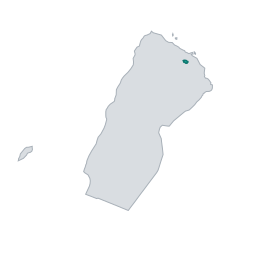 Melhan, Al Hudaydah, Yemen (highlighted), rotated 135°
{"feature_id": "15242507B19184333962868", "entity_name": "Melhan", "entity_type": "district", "adm_level": 2, "iso_a3": "YEM", "parent_name": "Yemen", "parent_adm1": "Al Hudaydah", "projection": "mercator", "projection_center": [43.334, 15.324], "detail": "fine", "context": "in_parent", "style": "filled", "palette": "teal", "viewbox_px": 256, "rotation_deg": 135, "n_neighbors": 0, "source": "geoboundaries", "source_scale": "gbopen_adm2", "svg_char_len": 3360}
<svg xmlns="http://www.w3.org/2000/svg" viewBox="0 0 256 256"><g transform="rotate(135 128 128)"><path d="M204.8,111.1L196.3,114.2L194.0,115.6L192.0,117.3L190.5,119.5L189.4,123.2L190.2,126.7L190.2,128.5L188.0,129.7L185.9,130.6L183.6,131.9L182.3,132.3L181.1,133.3L179.8,134.1L175.1,136.0L169.9,137.5L161.7,139.3L158.5,141.2L155.6,142.6L151.2,143.0L145.2,144.8L141.8,146.3L137.7,148.7L136.7,149.4L136.0,151.2L134.7,152.7L132.2,155.2L130.3,156.5L129.1,156.6L126.6,157.3L123.7,157.4L118.9,156.5L117.6,157.2L116.6,158.1L112.9,159.8L109.1,163.3L106.3,164.2L101.8,165.2L98.7,166.7L96.5,167.2L93.8,167.5L88.8,167.4L84.0,167.9L79.6,168.9L77.5,170.7L75.1,173.6L71.3,174.7L70.3,175.8L69.1,177.9L66.6,178.4L64.4,178.8L62.1,177.9L57.7,180.4L56.0,180.9L53.5,181.0L51.7,181.5L50.5,181.3L48.9,180.3L45.5,179.1L43.0,179.9L42.8,177.5L38.7,170.1L39.5,163.6L39.5,162.7L38.7,159.8L36.3,157.2L36.4,153.8L35.5,151.4L34.9,149.0L35.1,148.3L35.1,147.7L33.9,143.9L33.5,143.2L33.3,142.4L33.7,141.7L33.7,141.0L33.1,139.9L32.4,137.6L29.0,135.9L29.7,134.3L30.3,134.8L31.2,135.3L31.4,134.3L31.4,133.5L30.0,128.5L32.1,121.9L31.4,116.0L34.6,113.5L35.4,112.8L35.8,112.2L36.6,110.8L37.6,110.4L37.9,108.9L37.9,108.2L37.2,107.6L36.7,105.9L36.9,103.8L37.1,102.9L37.4,101.3L38.5,100.7L38.8,100.2L37.9,99.2L38.0,98.6L39.9,96.8L40.6,96.3L41.8,95.8L42.8,95.8L43.9,96.1L44.9,96.6L45.8,97.5L46.8,98.4L48.3,98.8L49.4,98.7L50.2,99.2L51.0,98.9L51.8,98.4L53.1,98.4L54.3,97.9L57.6,97.6L60.9,97.8L64.2,97.3L67.6,97.3L71.0,97.4L71.7,97.4L72.5,97.7L75.4,99.3L77.5,99.6L81.9,100.0L86.5,100.4L90.6,100.8L94.0,100.5L96.8,100.2L97.6,100.2L98.5,101.2L100.2,103.5L101.8,105.7L104.6,105.8L106.4,105.0L108.4,103.8L109.7,102.9L111.1,99.3L112.0,97.0L114.1,94.4L115.8,92.2L118.1,89.2L119.4,87.6L122.0,84.4L124.4,83.2L129.1,80.8L133.6,78.4L136.6,76.9L139.2,76.2L143.4,75.6L148.4,74.9L153.4,74.2L158.8,73.4L164.7,72.6L168.8,72.0L174.0,71.2L178.3,70.6L182.2,70.1L186.1,69.5L186.9,71.3L187.6,73.1L188.4,74.9L189.1,76.6L189.8,78.4L190.6,80.2L191.3,82.0L192.1,83.7L192.8,85.5L193.6,87.3L194.3,89.0L195.1,90.8L195.8,92.6L196.6,94.3L197.3,96.1L198.1,97.9L198.8,99.6L200.0,100.2L200.7,101.8L201.7,104.1L202.7,106.4L203.8,108.8L204.8,111.1ZM216.2,181.0L217.2,181.2L218.8,180.6L223.4,180.5L228.8,182.4L227.8,183.0L227.2,183.6L224.8,184.3L222.4,185.8L215.5,186.5L213.4,186.1L211.8,184.6L208.7,182.8L209.9,181.6L210.2,181.1L210.6,180.5L212.4,179.6L214.1,179.8L216.2,181.0ZM31.2,157.9L31.0,158.2L30.7,158.2L29.6,157.2L30.8,156.2L31.4,157.2L31.2,157.9ZM27.9,134.7L27.3,135.1L27.2,134.4L27.5,132.9L28.1,132.4L28.5,133.5L28.2,134.2L27.9,134.7ZM30.7,162.5L29.6,163.0L30.3,161.7L31.1,161.4L31.3,161.4L30.7,162.5Z" fill="#d9dde1" stroke="#a8b0b8" stroke-width="1"/><path d="M39.4,134.9L39.5,135.1L39.6,135.3L39.8,135.5L40.0,135.8L40.3,135.9L40.3,136.0L40.5,136.1L40.8,136.1L40.9,136.3L41.0,136.3L41.0,136.5L41.3,136.6L41.4,136.4L41.4,136.2L41.5,136.0L41.5,135.8L41.5,135.6L41.8,135.4L41.9,135.2L41.6,135.1L41.5,134.7L41.5,134.3L41.4,133.9L41.4,133.6L41.3,133.4L41.3,133.2L41.3,132.9L41.2,132.8L41.0,132.7L40.9,132.7L40.7,132.6L40.8,132.5L40.7,132.4L40.6,132.2L40.3,132.1L40.1,132.1L39.9,132.3L39.7,132.3L39.4,132.4L39.2,132.4L38.9,132.3L38.8,132.5L39.0,132.6L39.0,132.8L39.1,133.0L39.1,133.4L39.0,133.5L39.0,133.8L39.0,134.0L39.0,134.3L39.1,134.5L39.3,134.7L39.4,134.8L39.4,134.9Z" fill="#14b8a6" stroke="#0f766e" stroke-width="1.5"/></g></svg>